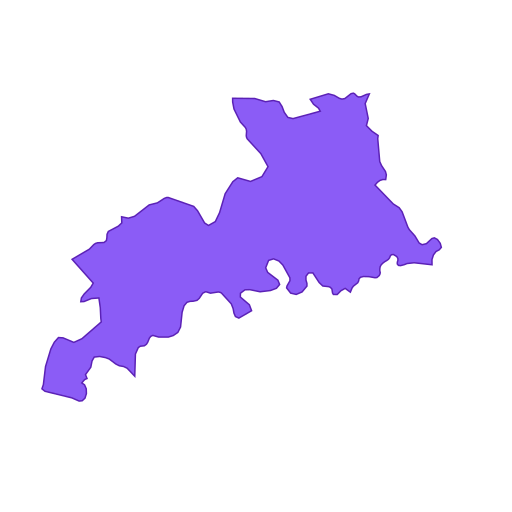 an SVG outline of Haute-Garonne, rotated 15°
{"feature_id": "FRA-5298", "entity_name": "Haute-Garonne", "entity_type": "Metropolitan department", "adm_level": 1, "iso_a3": "FRA", "parent_name": "France", "parent_adm1": "", "projection": "albers", "projection_center": [1.234, 43.301], "detail": "fine", "context": "isolated", "style": "filled", "palette": "violet", "viewbox_px": 512, "rotation_deg": 15, "n_neighbors": 0, "source": "natural_earth", "source_scale": "10m", "svg_char_len": 3219}
<svg xmlns="http://www.w3.org/2000/svg" viewBox="0 0 512 512"><g transform="rotate(15 256 256)"><path d="M152.4,397.4L148.5,396.6L140.9,393.5L137.0,393.1L131.0,393.5L125.9,395.5L124.8,399.8L125.2,406.2L122.0,414.7L124.5,418.1L122.8,419.4L122.0,420.6L120.6,423.7L123.7,424.8L126.4,428.2L127.8,432.8L127.6,437.6L127.1,438.4L125.6,440.8L122.7,441.9L114.9,440.7L87.2,441.3L83.6,439.7L83.9,435.3L81.3,417.2L81.9,398.8L83.5,391.5L86.3,385.9L90.8,385.0L102.4,386.6L109.3,380.9L123.6,359.7L122.2,356.3L119.0,346.3L115.1,337.2L108.0,339.7L101.7,344.5L98.6,345.5L98.2,341.7L99.9,337.1L104.5,329.0L105.8,324.3L79.2,306.8L93.3,292.5L96.4,286.9L97.7,285.4L99.6,284.2L105.7,282.3L107.5,279.8L107.2,276.8L106.5,273.6L107.0,270.5L115.3,262.8L117.8,258.8L116.0,252.9L122.9,252.5L128.4,249.1L139.6,234.3L147.0,230.2L152.5,224.1L154.6,222.6L156.1,222.2L183.0,224.2L187.8,227.4L197.8,237.4L202.2,238.8L207.8,233.3L209.6,223.5L210.1,203.8L214.4,190.2L218.1,185.2L231.4,185.4L241.2,177.8L244.5,166.6L234.2,155.9L217.2,145.1L216.2,143.9L215.5,142.5L214.6,137.9L213.6,135.8L212.3,134.5L206.2,130.6L196.7,119.7L193.6,113.3L192.6,109.7L214.0,104.2L225.3,104.5L232.5,101.3L238.5,101.2L242.5,104.9L246.1,109.9L250.9,113.9L256.2,113.7L280.6,99.5L278.1,97.0L272.3,94.5L267.8,90.6L283.9,80.6L290.0,80.6L295.6,82.1L298.4,82.2L301.1,80.9L305.8,74.6L307.9,73.5L309.3,73.8L312.2,75.5L313.8,75.9L316.3,75.0L320.9,71.3L323.5,70.1L322.0,80.5L328.8,94.1L328.9,101.5L335.8,105.5L342.8,108.0L343.2,111.1L351.1,132.8L353.9,136.2L359.2,140.9L360.9,143.9L361.5,148.6L358.7,149.3L356.2,150.9L354.2,153.4L352.6,156.7L375.1,170.2L381.8,172.3L385.7,175.5L395.2,188.8L397.3,190.9L404.3,195.5L410.2,201.2L413.5,202.1L417.4,200.0L421.4,193.6L423.6,192.3L427.0,193.1L430.7,196.1L432.8,199.7L431.4,202.6L428.7,205.1L427.1,209.1L426.9,213.9L428.3,218.9L410.5,221.6L403.8,224.2L401.6,225.9L398.1,227.9L396.0,228.2L394.5,227.1L394.1,225.4L394.2,223.5L393.7,221.7L392.1,220.1L388.4,219.0L386.5,219.7L385.7,221.2L385.5,223.1L384.8,224.9L383.4,226.6L381.8,228.2L380.4,230.0L379.2,232.1L378.7,234.2L378.9,236.3L379.4,238.2L380.3,239.9L380.4,241.3L380.1,243.0L378.4,245.5L376.6,246.2L370.5,246.7L365.1,248.0L362.4,249.5L361.4,251.5L361.6,253.5L361.2,255.5L357.9,259.9L357.1,261.9L356.5,266.5L350.5,264.2L347.0,267.6L344.4,272.2L340.7,273.1L339.5,271.9L337.9,268.3L335.9,267.0L334.1,266.8L328.3,267.7L323.9,265.3L315.3,257.6L311.1,258.8L309.5,262.7L310.5,266.3L312.3,269.3L313.0,271.9L309.8,278.8L304.8,282.7L299.1,282.9L293.8,278.9L293.7,276.9L295.2,271.1L294.4,268.3L284.3,257.8L279.4,254.9L273.7,254.2L269.3,257.0L268.4,264.9L271.5,268.8L283.4,273.7L286.2,277.4L284.1,281.9L278.9,285.6L269.2,289.5L258.8,290.1L254.1,291.5L250.6,296.0L251.5,299.7L262.2,304.8L265.9,310.0L255.5,320.4L251.8,319.8L249.5,316.9L247.5,312.7L244.5,308.6L232.2,300.7L230.8,300.4L228.9,300.5L221.6,303.7L217.5,303.5L216.4,303.7L214.1,305.8L212.1,311.7L210.5,314.1L207.1,315.9L204.0,316.9L201.3,318.6L199.4,322.7L199.2,329.5L201.5,344.1L200.3,350.0L196.7,354.2L192.3,357.0L183.0,359.5L176.9,359.4L175.2,360.8L174.3,362.8L173.7,367.4L173.0,369.6L171.4,371.6L167.6,373.1L166.0,374.9L164.9,381.9L170.0,403.5L160.5,397.7L156.7,397.0L152.4,397.4Z" fill="#8b5cf6" stroke="#5b21b6" stroke-width="1.5"/></g></svg>